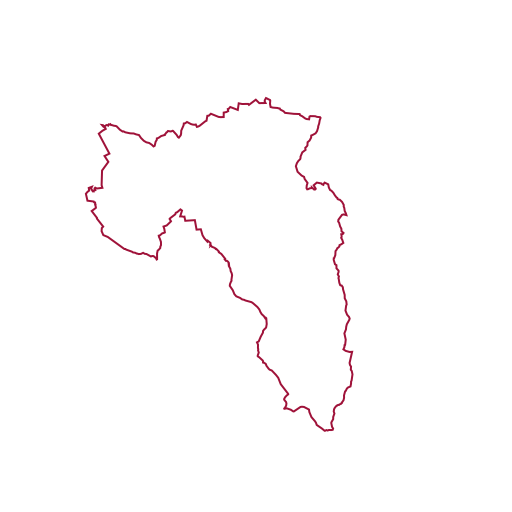 Hunedoara, Hunedoara, Romania, rotated 241°
{"feature_id": "2599482B17115998524758", "entity_name": "Hunedoara", "entity_type": "district", "adm_level": 2, "iso_a3": "ROU", "parent_name": "Romania", "parent_adm1": "Hunedoara", "projection": "equal_earth", "projection_center": [22.876, 45.766], "detail": "fine", "context": "isolated", "style": "outline", "palette": "rose", "viewbox_px": 512, "rotation_deg": 241, "n_neighbors": 0, "source": "geoboundaries", "source_scale": "gbopen_adm2", "svg_char_len": 6088}
<svg xmlns="http://www.w3.org/2000/svg" viewBox="0 0 512 512"><g transform="rotate(241 256 256)"><path d="M345.5,379.4L346.4,379.3L348.1,376.8L349.6,375.5L352.0,371.4L352.0,370.4L349.8,368.7L351.3,366.6L352.5,365.7L355.8,364.2L357.8,362.8L359.0,363.0L362.0,358.0L367.1,350.8L369.2,350.3L372.2,348.3L373.5,348.3L374.3,347.1L374.9,346.8L377.6,342.7L379.2,341.0L382.3,342.0L385.0,343.8L385.6,343.9L389.3,341.3L387.9,339.1L387.1,338.6L385.2,338.5L388.1,333.0L392.8,331.6L391.6,323.1L392.8,322.9L395.7,317.5L397.9,314.9L392.6,310.9L398.8,305.7L398.0,303.5L398.2,302.6L396.2,301.9L396.3,299.8L397.1,297.3L393.2,295.1L394.7,292.2L395.8,290.7L402.3,285.5L401.6,282.7L402.2,281.4L398.3,278.3L398.4,276.9L397.2,269.7L397.3,268.0L397.6,266.9L400.2,267.1L400.6,265.8L401.6,264.4L402.9,263.1L406.7,260.6L406.4,258.4L406.9,257.1L405.4,256.0L401.9,251.4L399.3,249.8L398.1,248.7L396.9,245.9L397.8,245.4L400.5,245.3L405.6,244.1L405.9,243.9L406.2,241.9L408.0,239.6L407.4,238.1L407.5,237.5L406.8,236.3L406.4,234.7L406.1,234.7L406.9,231.3L406.6,228.2L406.7,226.9L406.9,226.3L405.6,225.4L404.6,223.6L401.5,220.8L401.5,219.5L403.8,218.8L406.6,217.4L408.6,215.2L411.2,213.7L415.1,212.6L418.5,212.3L420.6,210.0L422.4,208.5L424.3,205.4L427.6,201.6L429.2,200.6L429.5,199.7L432.4,198.2L436.9,197.0L437.7,196.4L438.9,194.8L440.4,193.4L440.8,192.7L442.0,192.5L442.0,191.5L442.5,191.0L441.7,189.9L442.9,189.1L443.0,187.9L442.7,186.8L443.9,185.7L444.6,185.6L445.2,184.8L443.2,185.2L441.1,186.3L440.0,186.2L440.0,182.5L439.2,177.8L416.6,177.4L416.9,172.0L409.9,172.5L405.4,162.8L392.8,155.3L390.1,154.7L392.2,149.5L393.7,148.5L393.4,147.6L391.5,147.3L392.1,145.6L391.2,145.3L391.6,144.6L394.9,144.4L396.1,146.0L396.6,142.7L394.1,141.8L393.8,139.8L392.9,137.4L386.1,135.4L382.3,140.5L381.5,140.4L380.8,141.2L378.9,140.3L378.2,141.3L378.7,140.2L376.2,139.6L375.7,139.2L375.0,134.1L366.4,135.4L365.9,135.0L355.8,136.6L355.2,134.7L352.6,133.0L348.3,132.6L344.5,135.6L325.9,144.3L325.4,145.2L324.6,145.5L319.9,149.6L318.8,150.1L317.4,151.9L315.9,152.9L315.8,153.2L314.6,154.3L313.9,155.7L313.6,156.5L313.5,158.8L311.9,159.7L310.8,161.2L306.5,163.9L306.5,164.5L306.1,165.6L305.5,166.4L302.5,167.5L301.1,167.4L301.1,167.9L306.2,170.7L308.4,172.6L308.6,173.9L309.4,176.1L310.5,176.8L311.6,178.2L314.4,179.7L317.9,180.3L319.7,180.4L320.9,180.8L320.6,181.8L321.3,185.1L320.9,186.3L320.8,187.7L324.0,188.9L326.6,189.4L326.0,192.7L327.4,198.0L327.6,198.5L330.3,198.4L330.7,199.4L331.6,205.6L332.5,206.5L332.7,207.2L332.5,208.2L333.4,212.5L331.6,213.3L327.4,208.9L326.3,210.7L325.3,211.8L325.1,212.5L321.1,211.2L317.0,219.9L307.9,216.8L306.1,220.7L300.1,219.3L296.7,219.4L292.2,220.4L292.8,221.2L289.4,222.5L288.5,222.0L287.9,221.1L287.4,221.3L287.9,222.2L287.2,221.5L287.4,222.3L286.9,221.6L285.6,221.9L285.3,222.1L285.6,222.8L285.1,222.2L283.0,223.9L281.6,224.2L281.5,224.7L277.9,225.7L277.3,225.3L274.6,226.7L268.6,227.7L268.3,227.0L267.7,227.1L266.3,227.4L266.1,228.1L265.9,228.2L264.5,228.8L263.1,228.9L261.5,228.2L261.8,228.0L260.4,227.4L257.4,227.4L255.0,226.5L252.8,226.4L250.8,225.8L247.0,222.9L246.2,222.6L245.4,221.3L244.0,219.6L242.6,218.6L237.3,219.1L233.1,218.6L230.3,219.2L227.0,221.8L224.8,222.8L223.2,224.6L222.4,225.0L217.8,229.7L216.2,230.5L210.7,232.5L207.6,233.0L204.9,232.7L202.4,232.8L199.7,233.7L197.1,233.9L197.3,234.6L196.6,234.8L191.3,232.4L188.7,230.3L188.4,229.8L187.7,227.3L187.0,225.8L185.6,224.9L183.2,221.1L180.0,217.0L180.0,215.0L177.5,214.8L174.6,213.1L173.4,212.8L172.6,212.1L170.2,211.6L168.2,209.3L167.4,208.9L165.9,209.7L161.4,211.2L160.5,211.2L159.4,210.5L158.5,211.4L157.0,212.2L156.2,212.2L155.2,211.9L151.3,212.4L150.0,212.8L148.2,214.3L142.4,215.8L138.7,216.4L131.9,215.5L119.9,217.3L119.4,217.1L119.1,215.1L118.3,212.8L117.2,211.2L116.4,211.0L113.7,211.5L112.2,211.1L110.5,209.8L109.0,207.4L108.9,206.0L107.8,209.1L104.7,211.9L102.1,213.2L101.7,213.7L102.4,221.7L101.9,223.1L100.7,224.8L96.0,227.9L93.6,227.0L88.2,226.4L82.8,227.5L81.1,227.6L78.8,227.2L73.4,229.9L70.1,231.2L69.7,231.5L69.6,233.2L68.6,234.1L68.5,235.4L67.3,237.4L66.8,238.8L67.7,239.8L69.7,239.7L73.5,240.9L74.1,241.5L75.9,244.4L77.8,245.5L80.2,248.2L82.3,248.6L83.9,249.8L84.7,250.7L85.8,253.1L85.8,254.3L86.1,254.8L85.5,256.6L85.7,256.9L85.5,258.9L86.1,259.7L85.9,260.0L86.5,260.7L87.4,262.6L89.3,264.3L91.4,265.4L94.4,268.3L94.5,269.1L96.0,271.2L96.4,272.8L96.1,275.4L98.2,277.2L100.1,278.3L100.7,279.2L105.7,283.0L109.0,284.0L110.6,283.8L113.2,285.5L115.2,285.4L117.1,286.0L125.6,293.6L126.7,291.3L127.9,290.1L129.6,288.4L132.0,287.2L133.3,289.0L135.0,290.2L134.8,290.5L135.1,290.9L139.3,293.9L145.5,295.8L148.2,299.1L150.4,300.6L152.3,302.4L154.9,306.6L155.9,307.6L157.6,307.8L160.5,307.2L164.9,307.8L168.9,310.8L169.7,311.8L172.6,313.0L176.0,313.1L179.0,314.7L184.7,316.0L186.6,316.8L188.7,316.6L189.3,315.7L189.7,315.5L192.2,315.9L196.0,317.3L196.7,317.4L197.9,318.6L200.3,318.6L202.1,320.6L203.2,321.1L206.2,320.4L209.0,321.9L210.5,321.1L215.0,322.1L216.3,322.9L216.2,323.3L218.3,325.8L221.7,327.9L222.4,329.5L223.5,331.1L223.4,331.6L223.9,333.5L225.0,334.3L224.9,336.4L225.1,338.7L228.4,339.3L230.6,339.3L230.9,339.9L232.0,340.6L233.7,341.1L233.2,342.5L233.5,343.4L233.0,344.0L236.1,342.8L238.6,343.9L241.0,343.9L244.8,344.8L246.3,344.6L247.8,345.7L250.3,351.2L249.9,352.8L247.9,354.9L249.9,355.3L252.4,355.4L255.2,356.5L256.8,356.7L258.1,357.5L261.5,357.5L264.5,356.6L265.6,355.4L266.4,355.0L267.4,355.3L268.2,354.8L270.9,354.4L273.8,354.3L276.6,353.6L277.7,352.8L280.5,352.9L283.7,353.9L286.9,351.6L286.2,350.0L285.6,349.4L286.8,348.5L287.7,348.4L290.7,344.8L289.9,340.7L286.0,340.9L285.7,340.7L285.5,339.9L285.9,339.1L288.9,338.1L288.5,337.9L288.4,337.6L289.1,336.0L289.2,333.9L289.5,333.1L290.9,333.1L293.1,334.6L294.9,336.5L299.8,335.9L301.9,336.4L304.2,334.9L309.5,333.2L315.2,334.4L317.4,336.8L318.6,339.1L319.3,341.6L320.3,342.6L321.2,343.0L324.2,346.7L324.8,350.8L326.7,351.5L327.3,353.7L327.8,354.6L330.5,356.3L331.0,358.8L332.8,361.6L334.6,362.7L334.4,364.4L334.4,367.6L335.6,369.9L338.4,372.8L339.2,373.2L341.2,375.4L343.8,377.5L345.5,379.4Z" fill="none" stroke="#9f1239" stroke-width="2"/></g></svg>